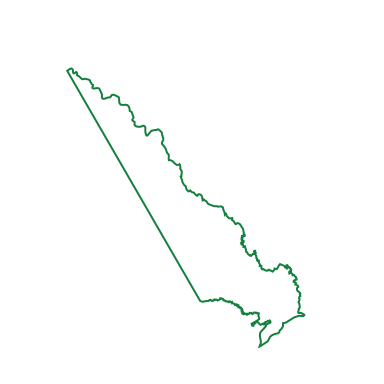 Alenquer, Pará, Brazil, rotated 330°
{"feature_id": "56859067B11405139062932", "entity_name": "Alenquer", "entity_type": "district", "adm_level": 2, "iso_a3": "BRA", "parent_name": "Brazil", "parent_adm1": "Pará", "projection": "orthographic", "projection_center": [-54.835, -0.309], "detail": "fine", "context": "isolated", "style": "outline", "palette": "green", "viewbox_px": 384, "rotation_deg": 330, "n_neighbors": 0, "source": "geoboundaries", "source_scale": "gbopen_adm2", "svg_char_len": 6085}
<svg xmlns="http://www.w3.org/2000/svg" viewBox="0 0 384 384"><g transform="rotate(330 192 192)"><path d="M194.2,130.6L194.0,129.9L194.6,128.8L194.7,127.7L195.6,125.1L194.4,121.2L193.6,120.6L191.9,120.4L191.2,119.9L187.5,118.7L181.7,120.7L181.1,120.6L180.8,120.1L181.1,118.3L181.8,116.3L183.6,113.3L183.9,112.4L183.8,111.3L183.3,110.5L182.7,110.1L180.8,109.9L178.7,109.1L176.7,107.5L175.7,105.6L175.8,105.2L177.3,102.7L176.3,100.7L176.3,99.9L176.5,99.5L178.6,98.3L178.9,97.2L179.7,92.5L178.6,90.6L179.4,89.1L179.9,86.7L179.7,85.1L179.3,84.2L178.2,83.3L175.7,82.1L173.8,80.6L173.7,78.4L175.9,73.8L175.9,73.2L174.2,70.4L172.5,68.3L170.9,67.9L168.7,69.1L166.5,68.2L163.2,67.6L161.6,66.9L161.1,65.3L162.8,62.5L163.4,56.1L162.5,55.0L161.9,54.6L158.3,53.1L157.8,52.1L158.1,51.3L159.3,50.7L159.8,50.0L159.3,49.0L159.1,48.1L159.3,47.1L159.0,45.9L159.5,44.3L158.5,42.8L156.1,40.5L153.6,39.6L153.1,39.1L152.2,36.0L151.7,34.7L151.0,34.0L150.9,33.2L151.6,32.3L152.0,31.0L151.7,30.1L149.8,30.4L149.0,30.2L148.7,29.2L149.9,26.6L149.7,25.2L149.2,24.7L147.7,24.3L144.5,24.7L144.6,290.5L146.0,292.1L146.7,292.5L150.1,293.7L151.4,294.6L153.2,294.3L153.9,295.0L154.1,294.9L154.5,296.0L154.9,296.0L155.2,296.4L155.6,296.3L156.1,296.8L157.8,296.2L158.2,296.7L158.0,297.0L159.7,297.6L159.9,298.7L161.8,299.0L162.4,298.7L162.8,298.9L163.3,298.1L164.1,298.6L164.2,299.1L164.5,299.2L165.3,299.9L165.5,300.8L165.1,301.4L165.9,302.0L165.6,303.2L165.9,302.7L166.7,303.2L166.9,303.5L166.8,303.8L167.8,304.5L168.5,305.5L168.8,305.0L169.2,305.0L169.9,305.9L170.3,305.9L171.1,307.0L170.7,307.3L171.0,307.8L171.5,307.7L171.2,308.3L171.6,308.3L171.9,309.2L172.7,309.8L173.2,310.7L172.6,311.2L172.7,311.5L174.5,311.6L174.7,312.0L174.2,312.8L175.1,313.1L174.6,313.5L175.2,314.1L174.5,314.9L174.9,315.4L175.1,315.0L175.5,315.1L175.8,316.1L176.1,315.8L176.5,316.7L176.3,317.0L176.6,317.0L176.9,318.2L176.5,318.7L175.8,318.5L176.4,319.1L175.7,319.4L176.0,319.9L176.3,319.9L176.3,320.2L175.2,320.7L175.4,321.2L176.0,321.1L176.2,321.6L175.3,322.0L175.5,322.4L176.0,322.4L175.9,322.7L175.0,322.8L175.5,323.7L176.2,323.9L176.9,323.6L177.2,324.2L178.1,324.4L178.4,325.0L178.1,325.4L178.2,325.8L178.6,325.9L179.3,325.3L180.3,326.0L181.4,325.5L181.7,326.1L183.2,326.5L183.2,327.8L184.1,327.7L184.6,327.9L185.5,327.4L186.4,327.9L186.9,328.8L187.6,328.8L188.0,329.3L188.0,330.1L188.3,330.3L188.6,330.1L189.0,330.2L189.2,330.5L187.7,332.2L187.1,335.0L186.6,335.6L185.4,335.9L177.7,336.0L177.5,336.9L178.2,337.1L177.5,337.6L177.4,338.0L178.2,338.5L178.9,337.3L179.4,337.6L179.6,337.3L180.3,337.4L180.7,337.1L181.4,337.3L182.8,336.5L183.2,336.6L183.8,337.5L184.9,341.3L187.2,341.3L188.0,342.7L188.4,342.9L188.7,342.8L188.8,341.8L189.1,341.6L190.0,342.0L190.5,341.3L191.8,341.7L193.1,341.5L193.5,342.4L195.1,342.1L195.3,342.9L194.7,344.3L190.5,343.9L189.6,344.3L189.2,344.9L187.8,345.6L182.2,347.3L180.5,348.2L178.7,350.7L177.1,355.4L176.4,356.7L175.9,357.4L173.2,359.6L173.9,359.7L182.8,359.2L187.2,356.5L188.8,356.1L191.9,356.2L196.0,357.4L197.3,357.2L198.7,355.8L200.9,355.3L203.0,354.2L203.9,353.4L205.2,351.1L207.1,351.8L208.7,352.0L218.0,351.7L222.7,352.7L226.4,355.1L227.8,354.7L227.7,354.0L226.0,351.3L224.0,350.2L223.7,349.5L224.1,348.7L225.3,347.9L225.9,346.6L227.4,346.1L227.7,345.7L229.1,342.4L229.3,341.2L229.1,340.8L231.0,339.4L231.8,338.0L231.6,337.6L231.9,337.1L232.7,336.4L233.9,336.2L234.2,334.7L235.0,334.2L235.1,333.6L234.7,332.9L234.8,332.1L233.9,330.5L234.2,328.6L235.1,327.6L236.6,327.3L236.9,326.5L235.9,324.3L235.2,323.8L235.6,323.3L236.4,323.1L236.5,322.8L236.2,321.8L235.1,320.6L235.6,319.9L236.4,319.6L238.7,320.1L239.3,319.4L239.0,318.4L239.5,317.5L239.1,317.0L238.8,314.8L237.5,314.5L237.5,314.2L238.0,313.6L237.5,312.0L236.7,311.2L235.6,311.2L236.1,309.9L236.5,309.7L237.1,310.3L237.9,310.5L238.1,309.4L238.8,309.4L238.9,309.1L238.9,308.3L239.1,308.1L238.7,307.4L239.1,306.6L238.0,304.7L237.9,304.1L238.1,303.5L237.9,302.9L237.2,302.7L236.7,303.2L236.9,305.2L236.5,305.9L236.1,305.9L235.7,305.5L235.7,304.5L234.9,303.9L235.1,302.5L234.8,301.9L232.3,298.6L232.0,299.0L230.6,298.9L228.8,300.3L226.7,301.1L225.2,299.6L224.6,300.5L222.0,301.3L221.2,299.8L220.1,298.7L220.2,298.1L219.9,297.8L219.0,297.6L218.6,297.9L218.1,297.9L216.9,297.2L215.9,295.8L215.4,294.5L214.1,294.2L213.9,293.6L213.9,292.8L214.5,292.2L215.1,290.6L213.7,290.0L214.5,289.2L214.6,287.0L214.9,286.0L215.7,284.9L215.5,284.5L215.1,284.4L214.3,284.5L214.2,283.7L215.1,282.1L214.7,281.3L215.7,279.4L215.5,278.0L215.7,277.5L216.8,276.7L216.2,275.5L217.3,274.7L217.2,274.3L216.6,274.1L215.7,274.7L215.7,275.6L214.5,276.6L213.6,276.1L211.4,276.9L211.1,276.8L210.8,275.9L210.5,276.1L210.2,275.9L210.2,275.3L209.5,274.1L209.5,271.4L209.0,270.8L210.1,268.5L210.3,266.4L210.8,265.6L210.4,265.4L209.6,265.7L209.0,265.2L209.6,264.5L209.9,262.7L209.7,262.5L208.7,262.3L208.7,261.6L209.1,260.6L211.0,261.5L211.7,261.2L212.2,260.3L211.8,259.7L210.8,259.8L210.9,258.9L211.0,258.5L211.4,258.7L212.2,258.0L211.8,257.5L211.7,256.9L212.4,256.1L212.9,256.2L213.2,256.0L213.4,255.1L213.8,255.3L213.9,256.2L214.9,255.9L215.6,256.4L216.2,255.7L216.3,255.0L215.7,254.4L216.5,253.1L217.7,249.7L217.4,243.7L216.7,242.5L216.0,241.8L215.3,241.6L214.1,241.8L213.6,241.5L213.5,238.2L212.7,236.3L213.6,235.4L213.7,234.6L211.9,234.1L210.9,233.1L210.1,230.4L210.6,227.7L210.4,227.4L209.2,227.9L209.9,226.2L210.4,222.5L211.0,221.4L210.9,220.2L209.4,218.6L207.3,217.8L206.5,216.7L205.8,216.5L203.9,215.2L200.4,211.0L200.0,210.2L199.9,207.5L198.8,205.5L198.4,204.1L198.0,204.0L197.4,204.7L197.0,204.6L198.5,200.7L198.2,198.7L196.8,197.3L196.0,197.2L195.1,197.9L194.6,197.9L193.9,196.9L193.3,193.5L191.8,192.1L191.2,189.7L189.8,189.9L189.2,189.7L188.5,187.1L189.4,184.3L189.3,183.2L188.8,182.6L188.6,179.1L189.4,176.7L189.9,173.0L190.8,173.0L191.2,172.0L191.9,171.4L193.5,169.0L193.5,165.7L194.5,164.5L195.2,162.2L195.1,161.7L193.7,161.7L192.6,161.1L191.7,159.7L190.5,155.4L189.1,153.5L187.9,152.9L188.5,151.4L190.5,148.3L190.0,145.1L190.8,142.0L190.7,138.6L190.1,135.5L190.4,134.5L191.0,134.0L193.2,132.5L194.2,130.6Z" fill="none" stroke="#15803d" stroke-width="2"/></g></svg>